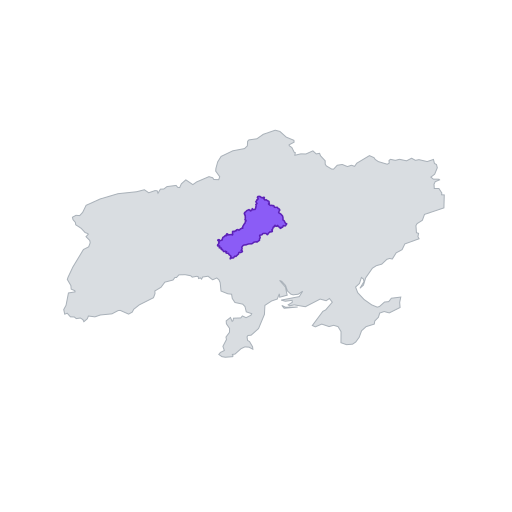 where Cherkasy sits in Ukraine, rotated 342°
{"feature_id": "UKR-319", "entity_name": "Cherkasy", "entity_type": "Region", "adm_level": 1, "iso_a3": "UKR", "parent_name": "Ukraine", "parent_adm1": "", "projection": "equal_earth", "projection_center": [31.26, 49.352], "detail": "fine", "context": "in_parent", "style": "filled", "palette": "violet", "viewbox_px": 512, "rotation_deg": 342, "n_neighbors": 0, "source": "natural_earth", "source_scale": "10m", "svg_char_len": 9396}
<svg xmlns="http://www.w3.org/2000/svg" viewBox="0 0 512 512"><g transform="rotate(342 256 256)"><path d="M345.3,330.7L350.9,338.2L355.5,342.1L357.8,342.2L364.0,339.5L368.1,340.4L371.7,338.0L381.0,339.8L378.3,344.5L377.1,349.5L365.2,351.3L360.7,348.4L356.0,348.5L353.5,352.1L348.9,354.5L347.4,357.3L338.9,357.2L333.3,359.7L329.0,365.2L324.3,368.6L320.6,369.7L314.7,368.3L310.0,364.7L313.5,354.2L312.2,348.5L308.4,345.9L303.7,345.7L297.5,341.1L290.5,341.7L288.1,339.5L302.5,329.3L305.6,328.8L314.3,323.5L312.7,319.1L308.9,320.2L303.7,316.8L287.3,319.5L277.3,314.3L272.6,313.7L271.5,312.4L276.3,311.2L276.6,309.3L269.9,308.1L266.3,305.7L284.6,308.0L289.5,303.9L284.4,305.4L279.3,304.4L277.4,303.1L275.1,299.0L275.0,293.2L272.7,288.1L270.9,286.5L274.4,294.8L273.5,302.9L265.8,302.5L266.5,299.2L262.9,303.5L256.9,303.6L249.2,305.7L246.0,314.1L236.0,325.8L226.9,329.8L223.8,329.1L222.5,330.1L221.9,333.7L223.4,335.4L224.7,341.3L224.2,343.7L221.1,340.5L217.3,339.0L213.2,339.5L205.7,342.8L203.1,342.3L203.3,344.0L202.6,344.5L195.5,342.8L192.5,341.2L190.2,338.1L192.4,336.7L196.7,336.1L196.6,331.7L202.1,326.3L202.4,323.8L207.2,320.4L208.5,316.7L206.9,311.3L207.6,308.5L212.7,306.6L213.1,310.8L214.2,310.4L215.4,308.2L222.4,310.2L224.5,308.8L227.5,311.6L232.8,310.8L234.1,309.5L229.5,306.1L229.9,300.7L228.5,297.7L221.6,293.7L220.3,289.0L221.0,284.8L217.5,283.2L211.9,278.5L213.7,270.3L213.4,267.2L211.9,264.8L207.4,265.2L204.1,260.4L198.7,259.5L197.1,261.2L196.3,259.6L194.4,259.7L194.6,257.7L193.4,257.0L188.8,256.4L187.8,254.6L182.9,251.9L176.9,250.1L173.7,251.9L172.2,251.4L169.7,253.2L161.2,252.7L156.0,256.4L149.0,258.0L148.3,260.6L145.6,264.0L129.9,266.4L123.2,268.9L121.0,271.1L116.9,271.9L110.1,265.8L108.0,265.3L101.1,266.5L89.8,264.0L84.0,264.1L78.1,261.3L76.1,263.6L72.0,265.3L71.7,263.0L69.8,260.7L65.7,260.0L64.4,257.9L60.7,256.5L58.8,252.1L56.1,252.2L56.6,247.5L60.1,244.2L66.2,233.2L72.8,234.2L73.0,233.0L70.0,230.4L70.8,226.9L69.3,220.0L70.7,218.1L78.4,209.9L93.9,196.5L99.7,195.6L102.4,192.2L102.7,189.8L100.3,185.1L103.2,183.5L103.0,182.7L100.7,180.9L98.3,175.7L94.2,170.6L94.6,168.3L93.2,164.9L93.4,162.4L97.4,161.7L100.8,163.1L104.7,160.9L110.1,155.3L125.4,153.6L144.0,154.1L162.3,158.0L170.3,158.5L173.5,162.7L180.2,162.6L182.1,163.4L182.2,166.0L185.7,162.9L189.0,163.8L192.8,162.5L201.8,164.2L202.8,166.6L204.6,167.3L207.3,164.3L212.8,161.9L218.0,168.6L222.5,167.2L235.8,166.0L239.0,168.2L239.5,170.2L244.1,171.9L246.0,169.4L243.9,162.8L245.0,160.2L248.7,154.6L253.6,150.5L266.5,148.8L278.3,150.3L281.8,148.6L283.5,144.3L285.1,143.4L293.1,144.8L300.5,142.5L313.1,142.3L317.2,144.9L321.5,152.3L327.8,157.7L327.4,159.5L321.8,160.5L321.7,161.4L323.6,163.9L324.4,169.2L325.3,169.8L324.1,172.2L330.1,172.7L335.0,174.4L342.6,173.6L344.8,177.5L348.2,178.0L348.3,180.6L351.2,186.8L350.2,190.0L350.7,192.0L354.8,196.7L356.6,197.4L361.3,194.8L366.3,195.6L370.6,199.2L374.8,199.2L377.5,201.2L380.5,198.9L394.9,195.6L398.6,198.9L399.2,201.0L401.5,204.0L409.2,209.3L411.4,208.8L412.0,206.3L413.7,205.6L418.1,208.1L422.4,208.4L428.6,212.0L434.2,211.1L437.2,214.3L440.7,214.7L448.0,219.1L454.6,219.0L454.3,223.1L455.9,224.8L455.7,228.1L451.2,233.4L446.7,235.0L448.4,237.7L453.7,239.5L454.1,240.3L449.4,240.7L447.5,242.7L446.4,246.9L450.8,248.3L452.2,253.5L451.4,255.1L453.9,256.1L449.6,268.3L429.1,268.5L425.3,273.4L419.2,275.0L417.5,276.5L415.8,283.4L417.6,284.7L416.0,287.6L416.4,290.0L401.3,290.5L396.9,295.1L390.3,296.3L384.7,301.0L382.3,299.6L379.4,299.6L373.1,302.6L367.4,302.4L362.9,303.6L353.5,310.7L349.2,316.9L344.9,318.8L350.8,313.7L351.0,311.0L349.6,309.0L345.9,314.1L341.1,316.3L341.4,322.3L345.3,330.7ZM279.9,317.4L266.6,314.4L265.3,311.0L268.3,313.9L279.9,317.4Z" fill="#d9dde1" stroke="#a8b0b8" stroke-width="1"/><path d="M276.4,200.0L276.8,200.1L277.5,200.4L278.0,200.4L278.3,200.7L278.4,201.0L278.9,201.5L279.0,202.0L279.3,202.2L280.0,202.3L280.6,202.9L281.0,202.8L281.5,202.5L281.9,202.7L282.0,202.9L282.0,203.2L281.9,203.4L281.8,203.5L281.0,203.7L281.1,203.9L281.6,205.3L281.9,205.5L282.4,205.6L282.7,205.7L283.0,205.6L284.4,207.4L285.0,207.7L285.1,208.0L285.2,208.4L284.9,209.2L285.0,209.9L285.0,210.0L284.9,210.2L284.7,210.2L284.3,210.1L284.1,210.2L284.0,210.4L284.2,210.9L285.0,212.0L285.5,212.5L286.1,212.5L286.3,212.5L286.7,212.8L287.1,213.2L287.5,213.1L288.4,213.6L288.5,213.9L288.6,214.4L288.5,215.1L288.6,215.3L288.9,215.5L291.3,216.3L291.5,216.6L291.6,217.4L291.7,217.7L291.9,217.9L292.5,218.3L292.6,218.5L292.8,219.1L292.8,219.6L292.7,219.8L292.6,220.0L292.1,220.2L291.9,220.4L291.0,221.6L291.0,221.8L291.2,222.2L291.5,222.5L292.6,223.8L293.5,225.8L293.6,226.0L293.6,226.5L293.5,227.8L293.3,228.6L292.8,229.9L292.8,230.1L293.3,230.6L293.6,231.1L293.8,231.8L293.9,233.1L294.5,234.5L295.1,234.7L295.1,234.9L295.0,235.1L293.9,235.9L293.5,236.3L293.3,236.4L293.0,236.3L292.6,236.2L291.8,235.7L291.4,235.6L291.1,235.8L290.8,236.3L290.2,236.8L289.9,236.9L289.4,236.8L288.8,236.5L288.7,236.5L288.4,236.6L288.4,236.8L288.4,237.2L288.3,237.3L287.8,237.3L287.6,237.2L287.5,236.5L287.3,236.0L286.4,235.0L286.2,234.7L286.2,233.9L286.1,233.7L285.9,233.6L285.4,234.0L285.2,234.1L284.3,234.0L284.1,233.8L284.1,233.5L283.7,233.3L283.7,233.0L283.7,232.8L283.5,232.7L283.0,233.0L282.8,233.1L282.5,233.3L282.4,233.5L282.5,233.8L282.4,233.9L281.5,233.8L281.2,234.0L280.4,235.3L279.3,236.0L279.2,236.1L279.1,236.4L279.4,236.7L279.3,237.1L279.1,237.7L278.8,237.8L278.2,237.8L278.1,237.7L277.1,237.6L277.0,237.4L276.7,237.3L276.1,237.8L275.1,238.0L274.8,238.2L273.9,239.1L273.6,239.2L273.3,239.2L273.2,239.1L273.1,238.9L272.9,238.2L272.6,237.8L271.9,237.4L270.2,236.9L269.2,236.8L268.9,237.0L268.7,237.4L268.6,237.5L268.4,237.6L267.0,237.6L266.4,237.4L266.0,237.4L265.8,237.6L265.7,238.0L265.7,239.4L265.6,239.9L265.4,240.2L264.8,240.6L264.6,240.8L264.2,242.1L263.7,242.3L262.1,242.8L261.6,242.9L261.3,243.1L261.2,243.1L261.0,242.7L260.8,242.6L260.4,242.5L259.6,242.4L258.9,242.3L257.9,242.3L256.8,242.9L256.5,243.0L255.4,243.0L255.1,243.0L254.3,242.6L252.5,242.2L251.4,242.3L250.9,242.2L249.9,242.4L249.7,242.3L249.5,242.1L249.4,242.1L248.9,242.1L248.3,241.9L247.5,241.9L247.3,241.9L246.5,242.3L245.8,242.8L245.3,243.2L245.1,243.4L245.1,243.5L245.2,244.0L245.0,244.9L244.0,245.7L243.7,246.1L244.4,246.5L244.5,247.4L244.4,247.6L244.2,247.7L244.0,247.8L242.4,248.0L242.2,247.9L242.0,247.6L241.8,247.5L241.4,247.4L240.8,247.4L240.6,247.6L240.4,247.8L240.2,248.6L237.3,249.9L237.1,250.1L236.8,250.2L236.5,250.1L236.2,249.9L235.9,249.7L235.5,249.8L234.8,250.2L234.3,250.7L234.0,250.8L233.3,250.8L232.7,250.3L232.4,250.2L232.1,250.3L231.0,250.7L230.7,250.7L230.7,250.3L231.2,249.8L231.3,249.6L231.5,249.2L231.9,249.1L232.0,248.8L232.1,248.5L231.9,248.0L231.6,247.5L231.2,247.0L230.8,246.4L230.7,246.0L230.7,245.1L230.5,244.9L229.5,244.6L228.8,244.1L228.5,243.8L228.4,243.6L228.5,243.3L228.6,243.1L229.1,242.8L229.2,242.7L228.7,242.4L228.2,241.9L227.5,242.0L226.6,241.8L226.5,241.6L226.1,239.8L226.0,239.6L225.4,239.4L225.2,239.3L225.1,239.0L225.0,238.7L225.5,238.3L225.5,238.2L225.4,237.7L225.1,237.4L224.9,237.3L224.4,237.3L223.6,236.8L223.6,236.7L223.8,236.4L224.0,236.0L224.1,235.9L224.4,235.7L224.5,235.6L224.4,235.2L224.2,235.0L224.0,234.9L223.1,234.9L222.8,234.7L222.7,234.4L222.7,234.0L223.0,233.5L224.0,233.0L224.4,232.8L224.5,232.6L224.5,232.0L224.6,231.9L225.2,231.6L225.3,231.4L225.1,230.7L225.3,230.3L225.3,230.1L225.1,229.8L224.5,229.5L224.5,229.3L225.0,228.8L225.9,229.0L226.1,229.2L226.1,229.3L225.8,229.4L225.7,229.5L226.0,230.0L226.4,230.3L226.8,230.4L228.1,230.3L228.7,230.3L228.9,230.2L228.9,229.9L228.9,229.7L229.5,229.1L229.7,228.9L229.9,228.5L230.0,228.3L230.7,227.9L231.7,227.8L232.1,227.7L232.3,227.4L232.6,227.2L233.6,227.3L234.2,227.5L234.4,227.3L234.1,226.9L234.1,226.7L234.3,226.5L234.6,226.4L235.0,226.0L235.1,225.9L235.8,226.2L235.8,226.3L235.5,226.7L235.4,227.0L235.5,227.2L239.5,228.0L239.7,228.3L239.8,228.6L240.0,228.7L240.4,228.5L240.8,227.0L241.0,226.5L241.0,226.0L241.1,225.8L241.3,225.5L241.5,225.4L241.8,225.4L242.0,225.4L242.4,225.7L242.6,226.0L242.8,226.1L243.6,225.9L244.0,225.6L244.8,225.9L245.1,225.7L245.5,225.1L246.0,225.3L246.3,225.3L246.6,225.3L246.9,225.2L247.1,225.4L247.6,226.1L247.8,226.2L248.3,226.0L249.1,225.8L249.5,225.4L250.2,225.4L250.4,225.4L251.0,225.1L251.4,225.3L251.6,225.4L251.9,225.5L252.1,225.2L252.1,224.7L252.2,224.4L252.8,223.5L253.5,223.1L253.9,222.6L254.7,221.9L255.6,221.4L255.9,221.1L256.2,220.3L256.4,220.2L257.4,219.5L257.4,219.0L257.4,218.7L257.2,218.6L256.8,218.4L256.7,218.2L256.8,217.9L256.9,217.7L257.2,217.4L257.8,216.3L257.8,216.1L257.7,215.8L257.7,215.6L258.1,215.0L258.3,214.0L258.2,213.8L258.0,213.6L258.0,213.4L258.0,213.2L258.3,212.7L257.9,212.2L258.0,212.0L258.2,211.7L258.6,211.2L258.9,211.0L259.6,210.9L261.3,210.0L261.8,209.9L262.6,209.9L263.4,209.7L263.7,209.7L263.8,209.8L264.0,210.3L264.3,210.7L264.4,211.1L264.8,211.5L265.0,211.5L265.2,211.0L265.3,210.9L266.0,211.0L266.5,210.9L266.7,210.6L266.8,210.2L267.1,209.9L267.2,210.0L267.3,210.1L267.3,210.9L267.5,211.0L269.5,211.4L270.3,210.5L270.8,210.0L270.8,209.8L270.8,209.4L271.4,208.8L271.7,208.2L271.8,207.7L271.7,207.1L271.8,206.9L272.0,206.8L272.8,206.6L273.1,206.4L273.2,206.2L273.0,205.7L272.8,204.8L272.6,204.4L272.9,204.1L273.8,203.5L274.1,202.9L274.5,203.0L274.9,202.9L275.7,202.3L275.8,202.0L275.8,201.8L275.8,201.7L275.4,201.2L275.4,200.8L275.6,200.5L275.9,200.2L276.4,200.0Z" fill="#8b5cf6" stroke="#5b21b6" stroke-width="1.5"/></g></svg>